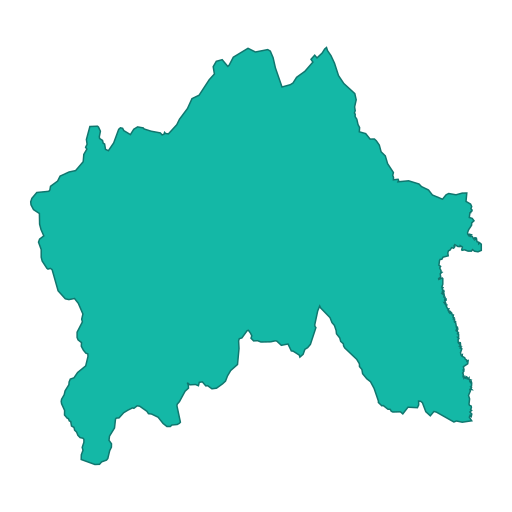 Atwima Kwanwoma, Ashanti, Ghana (Equal Earth projection)
{"feature_id": "2480657B14749544754301", "entity_name": "Atwima Kwanwoma", "entity_type": "district", "adm_level": 2, "iso_a3": "GHA", "parent_name": "Ghana", "parent_adm1": "Ashanti", "projection": "equal_earth", "projection_center": [-1.697, 6.59], "detail": "fine", "context": "isolated", "style": "filled", "palette": "teal", "viewbox_px": 512, "rotation_deg": 0, "n_neighbors": 0, "source": "geoboundaries", "source_scale": "gbopen_adm2", "svg_char_len": 6000}
<svg xmlns="http://www.w3.org/2000/svg" viewBox="0 0 512 512"><path d="M466.8,193.0L462.2,193.1L456.0,194.8L448.7,193.5L446.1,194.8L442.5,199.2L432.4,195.0L428.5,190.0L421.5,186.6L419.0,184.0L408.6,180.8L398.0,181.8L398.6,180.5L398.1,179.3L393.4,179.8L393.5,177.3L392.7,175.4L393.4,172.5L387.6,163.7L385.3,155.9L381.1,151.8L379.3,145.1L376.4,140.9L374.4,139.0L370.1,139.1L365.7,133.6L359.3,131.8L359.6,127.6L358.0,124.5L356.8,119.2L355.1,116.6L355.2,114.2L354.4,113.0L355.2,110.7L354.6,106.9L356.2,99.8L354.8,93.6L343.8,83.5L338.5,75.6L334.5,63.2L331.0,55.7L327.5,50.6L326.5,47.5L324.7,49.0L322.2,53.0L317.0,57.9L314.7,55.2L311.0,59.3L312.9,62.1L304.9,71.3L296.6,77.3L293.0,83.0L290.3,84.7L282.0,87.0L275.4,67.9L273.1,57.7L270.3,51.1L267.7,49.6L255.4,52.0L248.0,48.3L233.3,57.2L229.2,65.1L227.8,66.4L222.2,59.7L216.3,61.3L213.2,66.7L214.4,74.0L209.3,79.6L199.1,95.2L192.0,98.6L187.5,108.5L179.5,119.2L176.8,124.7L168.4,133.9L165.5,133.5L164.6,132.4L164.0,134.2L162.1,134.9L160.3,132.9L151.1,131.2L144.2,129.0L143.2,127.9L137.6,126.9L133.8,129.2L130.4,134.6L123.8,130.6L122.6,128.3L120.4,127.8L118.7,129.3L113.7,142.9L108.4,150.7L105.5,149.4L104.6,144.0L103.2,143.2L102.5,140.4L99.6,138.5L99.3,136.8L100.4,131.2L98.5,127.1L97.5,126.2L89.9,126.5L86.4,139.5L87.1,144.3L85.6,147.3L86.9,149.1L83.8,154.4L83.2,161.7L75.6,170.6L69.0,172.0L60.1,176.1L57.6,181.1L50.5,186.3L49.9,190.0L48.8,191.3L36.8,192.5L31.9,198.3L30.7,201.8L31.0,204.8L33.5,209.6L39.4,213.5L39.6,224.2L41.0,229.5L43.8,235.9L39.6,239.1L38.5,242.1L41.2,249.6L41.2,257.2L42.2,261.1L46.9,268.3L48.0,269.1L50.3,268.4L52.1,269.6L58.1,290.8L65.3,298.8L68.9,299.6L74.5,298.5L78.3,303.3L82.9,314.0L81.7,319.2L82.4,321.9L77.1,332.2L77.1,337.5L78.1,339.9L81.5,342.6L81.3,346.2L83.4,350.2L85.9,353.2L87.8,353.8L88.0,356.4L85.7,365.9L77.6,372.5L74.0,377.8L70.3,379.1L69.1,382.0L68.9,384.7L65.1,390.8L64.2,394.7L61.6,399.2L61.2,401.4L61.6,403.8L64.6,410.4L64.5,415.0L67.3,418.3L68.4,418.6L69.3,420.9L70.7,421.5L71.5,426.0L74.0,427.4L74.6,430.1L76.6,432.1L77.9,435.3L80.1,437.6L82.9,438.2L83.9,439.3L83.9,442.3L82.2,447.4L83.0,450.3L81.3,454.8L81.2,459.5L94.9,464.5L99.5,464.3L101.6,461.9L106.5,460.1L107.8,458.5L109.7,450.6L111.4,447.2L111.5,443.8L109.0,440.3L109.5,436.1L114.5,428.0L115.5,419.1L116.3,418.1L119.0,417.9L123.7,412.7L128.0,410.1L132.5,407.9L133.9,408.3L137.2,405.8L139.7,406.2L146.9,411.3L148.5,413.7L151.5,414.0L158.1,417.2L163.1,423.5L166.9,426.5L170.3,426.5L171.9,425.0L177.2,424.5L179.4,423.3L180.4,422.2L176.9,405.7L177.2,404.2L179.4,401.7L185.1,391.2L188.5,388.1L188.3,385.2L187.3,382.7L189.8,384.8L195.5,384.5L198.4,385.7L199.3,382.3L202.4,381.9L205.8,385.9L207.7,385.7L211.9,388.8L216.5,388.2L222.6,383.8L225.5,381.1L227.5,375.9L230.7,370.5L237.5,364.5L239.0,348.5L238.6,340.8L239.3,338.7L241.9,337.9L247.2,330.6L248.4,330.3L250.4,333.0L251.8,335.8L251.0,338.2L253.6,340.9L257.6,340.7L260.9,342.0L270.8,341.8L275.3,340.8L276.8,341.1L281.3,345.3L288.0,344.0L291.3,350.9L293.2,351.2L299.3,355.1L299.9,357.1L303.1,354.3L304.9,349.3L307.6,347.7L310.4,344.4L315.9,327.6L314.9,326.3L314.8,324.5L317.7,310.9L319.7,306.0L320.6,307.9L330.0,317.6L332.0,322.6L334.4,325.4L336.1,330.4L336.5,333.8L339.8,338.0L340.7,341.4L343.3,343.7L343.6,345.9L344.7,347.9L356.7,359.3L359.4,363.8L359.5,366.6L361.9,369.5L362.6,373.7L366.8,378.8L370.5,381.7L374.1,388.4L378.4,401.0L378.4,402.5L381.8,405.8L383.2,405.5L387.9,409.2L390.3,409.4L391.2,411.2L392.8,412.0L400.4,411.8L402.8,413.9L408.0,407.2L417.4,407.7L418.7,404.9L418.6,401.1L420.7,401.3L422.4,402.7L425.8,411.7L430.3,415.8L433.9,411.5L436.4,412.1L453.9,422.0L456.4,421.0L462.3,422.2L471.7,420.8L469.3,417.2L470.4,414.5L470.5,416.2L471.2,416.7L471.8,414.0L469.9,412.0L471.6,410.4L470.6,409.6L471.4,407.6L471.2,406.1L469.5,405.3L469.0,404.1L469.6,398.9L468.5,395.4L470.3,391.1L469.9,389.5L471.8,389.6L470.8,388.7L471.5,387.6L470.6,386.8L471.5,386.1L471.7,383.0L471.2,381.3L470.6,382.5L469.8,381.5L469.6,380.1L470.4,379.8L468.9,379.2L469.0,377.8L467.8,378.8L467.0,377.1L466.0,376.6L465.9,378.3L464.7,377.5L464.0,378.1L464.1,376.3L463.1,376.6L463.3,374.0L462.6,373.1L463.8,371.3L463.1,370.1L464.0,369.9L463.4,366.7L467.7,363.8L468.1,360.7L466.9,361.3L466.8,360.2L465.1,359.0L464.7,357.7L462.2,356.3L462.3,354.8L461.4,355.5L461.0,354.9L460.5,352.6L461.8,348.8L460.2,348.0L461.3,346.9L459.6,346.2L460.6,345.5L459.2,343.8L460.5,343.9L460.3,342.7L458.2,342.3L458.1,339.5L458.9,338.6L457.7,337.3L458.6,337.2L458.6,334.3L457.5,333.8L458.4,332.8L457.6,332.1L457.1,329.5L456.7,331.1L456.1,330.7L456.8,328.3L457.7,328.7L457.4,327.1L456.4,327.2L455.7,322.8L454.8,322.3L455.4,321.5L454.3,321.1L454.6,319.2L453.4,318.9L454.1,317.8L453.0,317.2L453.4,315.0L452.2,314.9L451.8,313.3L450.0,313.4L449.3,312.5L450.8,312.1L449.7,311.0L448.5,311.1L448.1,310.3L448.8,308.9L447.7,308.9L446.5,306.7L446.7,305.4L446.2,305.7L445.9,304.1L445.4,304.4L444.3,302.8L445.7,303.2L444.7,300.4L446.0,300.3L446.1,299.0L444.9,299.0L445.1,297.2L443.8,296.9L444.3,295.3L442.6,294.0L444.0,294.0L443.8,292.8L442.6,292.6L444.0,291.5L443.8,290.7L442.6,291.0L442.9,289.9L442.1,288.9L443.0,287.6L441.8,287.0L442.8,284.2L442.8,278.6L442.2,278.0L438.8,279.4L438.6,278.6L440.7,276.9L440.2,273.8L441.9,272.3L440.9,272.0L441.0,270.6L439.7,268.0L440.6,266.4L438.9,265.2L439.5,260.6L440.1,259.4L441.8,259.3L443.0,257.2L448.2,255.8L447.8,252.9L448.5,250.7L449.9,250.2L451.7,247.6L453.6,248.2L454.8,246.7L454.0,246.0L454.8,244.6L457.9,246.5L460.1,246.6L460.2,245.6L462.4,247.0L461.7,249.8L462.1,250.3L464.5,249.8L468.0,251.1L471.5,251.1L472.5,249.6L474.5,251.2L478.0,251.8L481.3,250.4L481.3,244.2L479.8,242.9L478.7,243.8L478.7,242.2L477.0,241.7L476.5,238.8L475.3,239.4L476.0,238.0L474.9,237.7L473.7,238.8L472.0,236.2L470.5,236.5L470.1,235.5L471.2,234.7L469.3,234.2L468.9,235.7L467.7,234.1L467.6,232.3L468.7,229.6L471.6,225.2L471.7,222.9L474.0,220.8L472.2,218.4L469.3,217.5L469.9,212.8L470.8,212.6L470.8,211.5L471.8,211.2L472.1,210.1L470.9,208.7L471.7,206.6L470.6,204.1L466.0,201.4L466.8,193.0Z" fill="#14b8a6" stroke="#0f766e" stroke-width="1.5"/></svg>